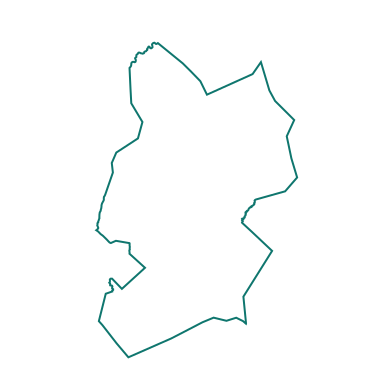 Xotont, Arhangay, Mongolia (Mercator projection), rotated 171°
{"feature_id": "93677404B64781784389022", "entity_name": "Xotont", "entity_type": "district", "adm_level": 2, "iso_a3": "MNG", "parent_name": "Mongolia", "parent_adm1": "Arhangay", "projection": "mercator", "projection_center": [102.447, 47.245], "detail": "fine", "context": "isolated", "style": "outline", "palette": "teal", "viewbox_px": 384, "rotation_deg": 171, "n_neighbors": 0, "source": "geoboundaries", "source_scale": "gbopen_adm2", "svg_char_len": 4020}
<svg xmlns="http://www.w3.org/2000/svg" viewBox="0 0 384 384"><g transform="rotate(171 192 192)"><path d="M202.4,344.4L202.8,344.2L203.1,344.1L203.5,343.9L203.8,343.8L204.1,343.9L204.6,344.0L204.9,344.3L205.4,345.0L205.7,345.3L206.4,345.3L207.2,345.1L208.0,344.5L208.4,344.0L208.4,343.5L208.3,342.4L208.3,341.6L208.4,341.1L208.9,340.7L209.4,340.5L210.0,340.3L210.6,340.7L210.9,341.0L211.0,341.5L211.3,342.0L211.6,342.3L211.9,342.4L212.1,342.4L212.5,342.1L212.8,341.5L213.2,341.1L213.8,340.5L214.1,340.1L214.1,339.9L214.0,339.6L213.9,339.4L214.1,339.2L214.4,339.1L214.6,339.0L215.2,338.4L215.5,338.2L216.0,338.2L216.5,338.1L216.9,338.0L217.2,337.8L217.4,337.4L217.5,336.9L217.8,336.6L218.2,336.5L218.8,336.4L219.3,336.4L219.7,336.7L220.1,336.8L220.5,336.9L221.0,337.1L221.4,337.5L221.8,337.7L222.4,338.0L223.0,338.0L223.5,337.6L224.2,336.7L225.0,336.4L225.4,336.1L225.6,335.6L225.8,334.5L225.9,334.0L226.3,333.8L226.6,333.6L227.1,333.3L227.3,332.8L227.2,332.3L226.9,331.7L226.9,331.0L227.0,330.4L227.3,329.7L227.5,329.4L228.0,329.2L228.5,329.2L229.1,329.6L229.4,329.7L230.1,329.8L230.8,329.6L231.4,329.2L231.8,328.5L232.0,327.6L232.4,326.2L233.1,325.3L234.3,324.3L236.6,303.6L238.1,289.1L230.0,268.9L237.0,253.4L260.6,242.8L266.7,233.2L267.1,223.6L278.1,203.0L278.9,201.8L279.7,201.0L279.9,200.4L280.1,199.6L280.2,198.8L280.3,198.1L280.7,197.3L281.2,196.7L281.8,195.9L282.4,195.1L282.8,194.5L283.2,193.6L283.5,192.8L283.6,192.1L283.8,191.4L284.0,190.7L284.2,190.0L284.7,189.1L285.0,188.3L285.1,187.8L285.3,187.6L285.5,187.2L286.2,186.4L286.4,186.0L287.0,184.0L287.3,182.3L287.5,181.6L287.5,180.8L287.7,180.2L288.2,179.6L288.3,179.3L288.4,178.9L288.8,178.2L289.3,177.5L289.3,177.1L289.4,176.6L289.6,176.5L289.9,176.4L290.1,176.2L290.3,175.9L290.3,175.5L290.4,174.9L290.5,174.3L290.8,173.9L290.8,173.6L290.5,172.7L290.3,171.8L290.2,171.2L290.3,170.9L290.7,170.5L291.0,170.1L291.4,169.9L291.7,169.6L292.5,169.2L290.9,167.7L288.8,164.7L286.9,162.8L283.5,158.2L282.3,156.4L281.3,155.0L280.1,154.3L274.8,155.7L261.8,151.3L261.7,151.0L261.7,150.4L261.9,149.8L262.0,149.0L262.0,148.2L262.0,147.5L262.1,147.3L262.2,146.7L262.4,146.1L262.4,145.4L262.4,145.0L262.6,144.6L263.0,144.3L263.1,143.6L263.1,142.7L263.2,141.4L263.4,140.8L250.3,124.5L276.4,107.3L282.2,115.6L284.5,118.9L286.0,119.1L286.8,118.5L287.0,116.8L287.3,115.8L287.9,115.3L287.2,114.4L287.2,113.6L287.5,113.0L287.4,112.6L285.7,112.0L285.4,111.3L286.0,109.5L285.9,109.1L285.1,108.4L285.2,107.6L286.3,107.0L286.5,106.7L286.4,106.2L293.1,105.0L304.2,79.0L301.4,74.7L290.2,54.4L289.9,53.9L280.7,38.7L235.4,50.6L202.0,61.7L190.3,64.5L178.1,59.4L168.0,60.9L161.8,56.5L159.3,53.5L159.2,53.7L157.6,80.6L122.1,121.3L139.1,143.3L147.3,153.7L147.4,154.0L147.1,154.3L147.0,154.5L146.9,154.8L146.7,154.9L146.4,155.1L146.4,155.4L146.4,155.7L146.8,156.0L146.7,156.1L146.6,156.4L146.7,156.6L146.4,156.7L146.2,157.0L146.2,157.3L146.4,157.7L146.2,157.7L145.9,157.5L145.6,157.4L145.6,157.6L145.5,158.0L145.3,158.1L144.7,158.1L144.3,158.3L144.0,158.5L143.9,158.7L144.0,159.0L144.0,159.5L143.8,159.7L143.3,160.1L142.9,160.4L142.6,160.9L142.5,161.2L142.6,161.4L142.7,161.6L142.6,161.9L142.4,161.9L142.2,162.1L142.1,162.4L142.2,162.9L142.4,163.3L142.3,163.5L142.0,163.5L141.9,163.5L141.7,163.9L141.4,163.8L141.1,163.8L140.9,164.0L140.8,164.3L140.7,164.6L140.6,164.8L140.4,164.8L140.2,164.6L139.7,165.0L139.4,165.2L139.1,165.5L139.0,165.8L138.9,166.0L138.7,166.4L138.3,166.8L137.9,167.2L137.5,167.3L137.2,167.6L136.7,167.9L136.5,167.7L136.2,167.8L135.7,167.8L135.4,168.0L135.3,168.7L135.1,168.7L134.8,168.7L134.6,168.9L134.3,169.1L133.7,169.2L133.3,169.5L133.0,169.8L132.8,170.0L132.5,170.0L132.4,170.1L132.3,170.5L132.4,171.2L132.3,171.3L132.2,171.5L131.9,171.5L131.7,171.7L131.7,172.0L131.6,172.5L131.4,173.0L131.5,173.8L130.9,174.3L130.0,174.6L99.9,178.1L85.9,189.9L88.6,209.8L88.6,210.0L89.7,232.2L79.8,247.1L95.7,268.9L99.7,280.2L103.5,308.8L103.6,309.5L113.7,299.0L162.0,285.8L166.4,300.1L173.9,310.8L181.0,320.5L202.4,344.4Z" fill="none" stroke="#0f766e" stroke-width="2"/></g></svg>